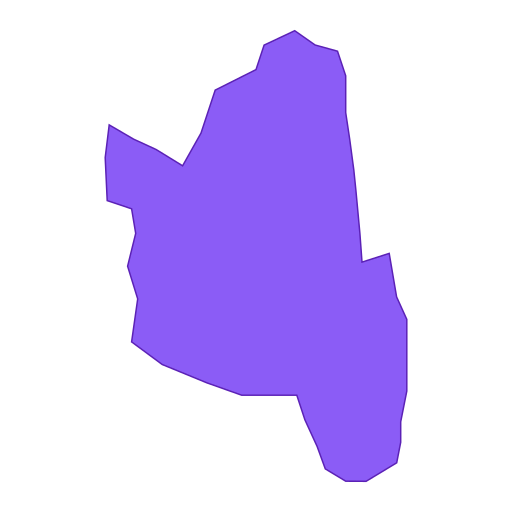 Vyzakia, Nicosia, Cyprus (Albers equal-area conic projection)
{"feature_id": "46923920B13954431934634", "entity_name": "Vyzakia", "entity_type": "district", "adm_level": 2, "iso_a3": "CYP", "parent_name": "Cyprus", "parent_adm1": "Nicosia", "projection": "albers", "projection_center": [33.022, 35.072], "detail": "fine", "context": "isolated", "style": "filled", "palette": "violet", "viewbox_px": 512, "rotation_deg": 0, "n_neighbors": 0, "source": "geoboundaries", "source_scale": "gbopen_adm2", "svg_char_len": 652}
<svg xmlns="http://www.w3.org/2000/svg" viewBox="0 0 512 512"><path d="M294.7,30.7L264.1,45.1L256.0,69.6L215.2,90.1L201.0,133.1L182.6,165.8L156.1,149.5L133.7,139.2L109.2,124.9L105.2,157.6L107.2,200.6L131.6,208.8L135.7,233.4L127.6,266.2L137.7,298.9L131.6,341.9L162.2,364.5L207.0,382.9L241.7,395.2L270.2,395.2L296.8,395.2L304.9,419.8L317.1,446.4L325.3,468.9L345.7,481.2L366.1,481.3L396.7,462.8L400.7,442.3L400.7,421.8L406.8,391.1L406.8,356.3L406.8,319.4L396.6,296.9L389.2,253.4L362.0,262.1L359.9,233.4L355.9,190.4L353.8,169.9L349.7,139.2L345.7,112.6L345.7,75.8L337.5,51.2L315.1,45.0L294.7,30.7Z" fill="#8b5cf6" stroke="#5b21b6" stroke-width="1.5"/></svg>